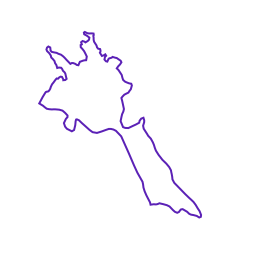 Kuching, Sarawak, Malaysia (Equal Earth projection), rotated 314°
{"feature_id": "92858781B71965080514918", "entity_name": "Kuching", "entity_type": "district", "adm_level": 2, "iso_a3": "MYS", "parent_name": "Malaysia", "parent_adm1": "Sarawak", "projection": "equal_earth", "projection_center": [110.334, 1.429], "detail": "fine", "context": "isolated", "style": "outline", "palette": "violet", "viewbox_px": 256, "rotation_deg": 314, "n_neighbors": 0, "source": "geoboundaries", "source_scale": "gbopen_adm2", "svg_char_len": 2999}
<svg xmlns="http://www.w3.org/2000/svg" viewBox="0 0 256 256"><g transform="rotate(314 128 128)"><path d="M85.0,84.6L86.2,88.5L86.6,89.9L89.1,90.6L93.4,88.1L96.4,85.7L98.0,84.8L98.7,85.2L99.5,87.3L99.5,91.5L99.7,96.1L99.9,101.7L100.4,105.4L102.9,109.1L107.1,111.4L111.8,113.7L114.1,114.9L115.5,116.4L116.8,118.6L117.6,121.3L117.3,128.9L110.4,146.1L105.2,158.5L102.4,165.7L99.4,175.8L98.0,177.9L95.9,180.5L94.0,184.0L92.3,188.1L89.8,195.5L88.5,197.5L91.2,199.6L91.9,200.6L93.1,201.7L94.4,202.4L95.7,202.9L96.5,204.3L97.6,206.1L99.5,209.6L100.4,212.4L100.2,217.5L100.3,220.0L101.2,222.3L103.1,223.0L104.8,222.7L106.3,222.7L107.6,223.7L108.8,228.7L108.8,231.7L109.5,233.6L110.8,235.5L112.5,238.5L113.1,241.4L114.7,242.1L115.9,241.2L116.2,241.0L117.9,237.3L118.6,234.1L119.7,230.1L120.3,226.5L120.3,223.4L120.2,220.4L120.2,214.9L120.7,199.4L121.9,195.7L123.6,193.7L125.2,191.5L126.3,189.8L127.4,188.3L128.5,184.8L129.0,180.3L129.0,174.9L129.9,168.7L131.1,163.8L132.4,161.0L133.8,158.5L134.9,156.0L136.2,151.8L136.4,147.9L137.0,145.8L138.4,139.8L140.1,137.3L143.4,135.6L144.8,134.3L146.1,132.0L143.9,131.0L141.3,131.3L139.6,132.4L135.8,131.2L133.0,130.1L128.2,128.3L126.1,125.9L125.2,123.8L127.8,117.9L131.6,115.5L133.8,114.2L136.6,113.2L138.8,111.9L140.9,108.8L143.5,104.9L145.0,102.4L146.9,102.2L149.4,102.2L151.8,103.0L153.7,103.7L155.8,103.3L157.8,103.1L159.5,102.2L161.3,101.2L162.1,99.6L160.9,97.8L160.1,95.9L159.3,93.8L159.2,91.1L160.3,89.0L161.8,86.6L163.1,80.9L163.1,78.5L165.5,78.1L168.2,78.1L170.7,77.6L171.3,76.0L170.7,72.5L170.5,71.2L169.8,70.2L168.4,67.5L167.6,67.5L166.4,67.0L165.1,66.1L163.9,66.1L161.4,67.0L160.7,65.8L160.9,63.5L163.1,62.1L164.8,62.1L165.2,60.5L163.5,60.1L161.7,59.2L162.6,55.5L163.7,55.2L164.7,54.3L165.4,53.1L164.3,51.5L164.5,49.7L165.5,48.0L166.5,43.7L167.5,42.1L169.2,40.4L170.2,39.0L171.1,38.8L172.0,37.6L170.9,36.2L169.0,34.4L167.9,32.8L167.1,30.2L166.0,30.0L165.0,31.4L165.8,34.2L166.2,37.4L164.5,38.6L162.6,38.6L160.0,37.9L159.9,36.7L159.0,34.9L157.1,34.7L156.1,36.7L154.8,36.3L153.3,37.9L153.2,40.2L152.8,43.0L151.9,45.7L150.8,48.7L147.7,50.8L146.5,49.7L145.1,48.8L143.6,48.1L142.2,47.4L140.5,48.0L138.7,48.7L137.8,47.4L137.5,45.5L136.7,43.6L135.8,42.5L134.1,42.0L134.2,39.7L134.3,36.5L134.5,33.7L134.5,31.6L134.2,28.9L133.0,26.3L132.5,24.5L131.1,22.4L129.8,20.3L129.9,18.5L130.8,17.5L131.9,16.1L131.3,14.1L129.6,13.9L127.8,14.8L127.1,16.4L127.1,19.4L126.5,22.1L125.4,23.8L125.4,25.9L125.1,28.6L124.0,30.5L123.5,32.8L122.0,35.4L123.5,36.3L124.9,38.1L124.7,39.7L124.0,41.4L124.0,43.7L123.6,45.1L122.7,46.5L121.7,48.0L120.7,49.7L118.9,49.5L117.5,48.3L117.9,48.0L118.9,45.0L118.2,43.9L116.7,43.4L114.8,43.4L114.1,42.3L112.8,42.3L111.1,42.5L109.0,42.8L106.7,43.0L104.0,43.9L102.2,44.8L100.1,45.3L98.6,45.1L97.7,44.3L96.7,43.9L95.5,44.1L91.0,45.1L84.0,47.1L85.0,51.5L85.1,53.4L85.4,56.1L86.6,58.0L88.1,59.9L90.8,62.6L93.4,65.8L95.0,68.8L95.2,72.1L95.0,75.8L93.8,76.9L91.4,77.0L87.0,78.5L85.3,81.8L85.0,84.6Z" fill="none" stroke="#5b21b6" stroke-width="2"/></g></svg>